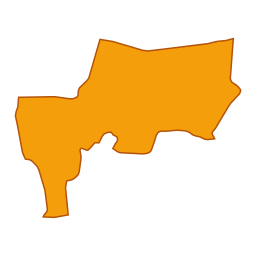 an SVG outline of Bangkok Metropolis
{"feature_id": "THA-416", "entity_name": "Bangkok Metropolis", "entity_type": "Province", "adm_level": 1, "iso_a3": "THA", "parent_name": "Thailand", "parent_adm1": "", "projection": "mercator", "projection_center": [100.599, 13.72], "detail": "fine", "context": "isolated", "style": "filled", "palette": "amber", "viewbox_px": 256, "rotation_deg": 0, "n_neighbors": 0, "source": "natural_earth", "source_scale": "10m", "svg_char_len": 1497}
<svg xmlns="http://www.w3.org/2000/svg" viewBox="0 0 256 256"><path d="M68.2,214.9L54.2,217.4L43.2,216.9L44.3,214.7L45.4,213.4L46.3,212.4L46.8,211.4L47.3,210.1L47.3,208.6L44.9,190.1L38.9,169.9L37.1,166.4L32.6,161.6L31.2,160.5L29.9,159.9L28.5,159.5L25.4,159.1L23.7,155.4L22.5,152.4L17.2,124.0L15.4,115.8L16.2,111.5L17.8,107.1L18.6,97.3L54.8,96.7L69.1,98.7L72.2,98.8L73.6,98.5L76.2,97.5L77.3,96.6L78.1,95.2L78.2,92.2L78.6,90.0L79.6,87.7L86.7,80.9L88.8,78.1L100.0,39.4L112.8,41.5L142.2,50.2L148.0,51.0L207.6,43.7L217.2,41.4L226.1,40.5L233.3,38.6L230.3,78.6L231.0,80.8L232.0,82.3L236.3,85.1L238.1,86.7L239.6,88.5L240.6,90.0L240.4,91.6L239.5,93.8L231.0,102.9L229.0,105.6L215.4,128.4L212.4,132.1L212.1,134.0L214.7,138.8L207.6,139.6L204.2,139.0L200.6,137.2L199.3,136.7L196.3,136.1L193.5,135.2L192.5,134.6L189.4,132.4L186.7,131.2L183.7,130.7L177.1,130.2L166.1,131.2L161.0,131.2L159.3,131.7L157.8,132.8L156.2,135.6L155.0,139.3L154.7,140.7L151.4,150.0L150.7,151.2L149.6,152.2L148.0,153.1L144.8,153.7L142.5,153.9L120.5,152.7L119.2,152.4L117.7,151.8L112.8,148.5L115.0,144.5L115.4,143.4L116.3,142.6L117.2,141.3L117.6,139.0L116.8,136.7L115.0,135.8L113.3,135.1L112.5,133.8L110.8,132.1L107.3,132.5L103.8,134.2L102.2,136.4L99.0,142.8L94.8,142.8L92.1,145.9L89.1,149.1L87.9,150.1L86.5,150.2L83.1,148.7L81.9,148.4L80.9,148.4L80.3,149.1L80.0,150.3L81.0,156.4L81.0,158.8L79.2,171.7L78.3,174.5L76.3,176.7L73.6,178.9L71.1,180.0L66.7,180.9L65.5,187.7L68.2,214.9Z" fill="#f59e0b" stroke="#b45309" stroke-width="1.5"/></svg>